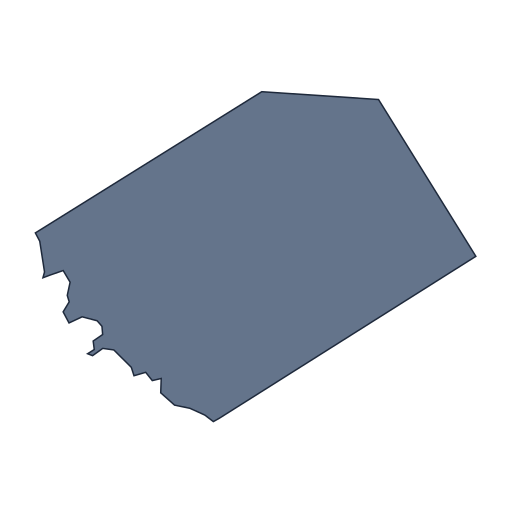 outline of Navarro, Texas, United States of America, rotated 178°
{"feature_id": "52423323B81183293432055", "entity_name": "Navarro", "entity_type": "district", "adm_level": 2, "iso_a3": "USA", "parent_name": "United States of America", "parent_adm1": "Texas", "projection": "albers", "projection_center": [-96.239, 32.063], "detail": "fine", "context": "isolated", "style": "filled", "palette": "slate", "viewbox_px": 512, "rotation_deg": 178, "n_neighbors": 0, "source": "geoboundaries", "source_scale": "gbopen_adm2", "svg_char_len": 599}
<svg xmlns="http://www.w3.org/2000/svg" viewBox="0 0 512 512"><g transform="rotate(178 256 256)"><path d="M244.5,420.0L475.7,286.8L471.6,278.3L467.9,247.4L469.7,241.7L461.6,244.4L449.2,248.2L442.7,236.3L446.0,223.2L444.3,216.7L450.7,206.9L445.2,195.6L431.9,201.3L417.0,196.8L412.4,191.1L412.0,182.9L421.7,176.7L420.9,168.2L427.7,164.2L422.8,162.1L412.4,169.0L401.4,167.1L384.5,149.1L382.1,140.6L370.3,143.6L364.0,135.1L355.0,136.9L356.0,122.6L342.6,109.8L327.4,106.1L312.7,98.8L304.4,92.0L298.2,95.2L36.3,248.0L128.1,408.1L244.5,420.0Z" fill="#64748b" stroke="#1e293b" stroke-width="1.5"/></g></svg>